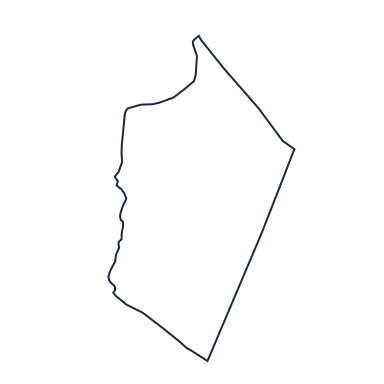 the district of Al Fao, Gedarif, Sudan, rotated 30°
{"feature_id": "16777658B5270052963378", "entity_name": "Al Fao", "entity_type": "district", "adm_level": 2, "iso_a3": "SDN", "parent_name": "Sudan", "parent_adm1": "Gedarif", "projection": "natural_earth1", "projection_center": [34.062, 14.059], "detail": "fine", "context": "isolated", "style": "outline", "palette": "slate", "viewbox_px": 384, "rotation_deg": 30, "n_neighbors": 0, "source": "geoboundaries", "source_scale": "gbopen_adm2", "svg_char_len": 1325}
<svg xmlns="http://www.w3.org/2000/svg" viewBox="0 0 384 384"><g transform="rotate(30 192 192)"><path d="M135.2,60.2L132.5,59.2L123.5,55.6L119.9,53.5L119.8,53.4L118.3,57.5L118.0,58.2L117.8,58.7L117.7,58.8L117.7,59.2L117.6,60.6L117.6,60.8L117.6,61.1L117.6,61.5L119.1,63.7L128.4,71.9L135.5,86.4L136.7,88.9L138.3,95.0L135.2,103.5L131.4,113.4L128.4,119.9L121.6,127.9L118.6,131.4L113.9,135.8L111.4,137.3L104.1,141.9L100.1,146.0L94.6,151.7L94.3,153.6L94.1,155.1L95.2,158.9L99.1,167.4L103.3,176.7L104.4,179.1L105.2,180.9L106.1,182.8L106.5,183.8L107.3,185.6L111.5,193.5L116.5,201.0L118.4,211.3L117.5,217.2L118.8,218.0L122.4,219.8L123.5,224.1L129.4,224.9L134.2,227.1L138.2,230.3L138.3,230.5L138.5,231.4L138.6,231.9L138.8,232.6L138.9,233.0L138.9,236.6L138.9,237.3L139.9,242.8L141.2,247.6L142.4,249.9L144.7,252.0L147.0,252.2L147.6,253.4L149.4,255.9L151.1,261.1L152.5,264.3L154.6,268.1L153.5,271.6L154.4,273.9L156.7,276.7L157.2,281.1L157.7,284.7L160.2,290.5L160.4,298.1L160.8,302.6L162.0,307.2L164.3,309.8L167.0,311.1L171.0,311.9L172.6,312.8L174.4,315.2L174.2,318.6L174.3,318.6L177.9,320.1L191.6,322.3L209.7,321.2L232.8,324.2L257.5,328.0L264.6,329.7L270.5,329.7L289.9,330.6L272.9,193.0L267.5,157.6L264.6,138.2L259.2,103.7L245.0,102.4L207.6,86.1L158.4,69.3L138.1,61.4L135.2,60.2Z" fill="none" stroke="#1e293b" stroke-width="2"/></g></svg>